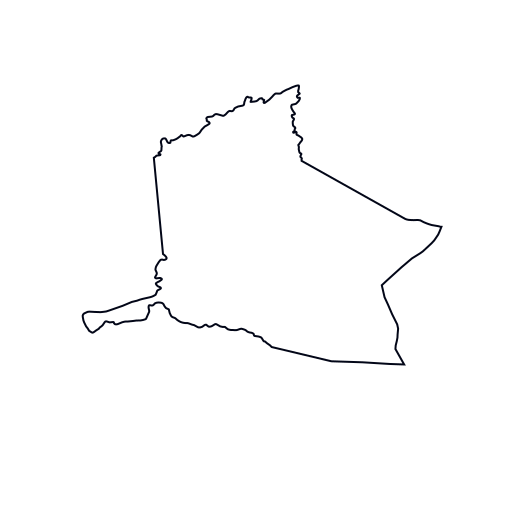 Santiago de Puringla, La Paz, Honduras (Equal Earth projection), rotated 70°
{"feature_id": "27666195B8735504948943", "entity_name": "Santiago de Puringla", "entity_type": "district", "adm_level": 2, "iso_a3": "HND", "parent_name": "Honduras", "parent_adm1": "La Paz", "projection": "equal_earth", "projection_center": [-87.91, 14.348], "detail": "fine", "context": "isolated", "style": "outline", "palette": "ink", "viewbox_px": 512, "rotation_deg": 70, "n_neighbors": 0, "source": "geoboundaries", "source_scale": "gbopen_adm2", "svg_char_len": 6136}
<svg xmlns="http://www.w3.org/2000/svg" viewBox="0 0 512 512"><g transform="rotate(70 256 256)"><path d="M292.0,71.8L291.7,72.6L290.5,74.2L287.0,80.3L285.2,82.7L283.7,84.5L281.5,86.9L278.7,89.4L277.5,91.6L276.3,95.3L275.5,97.4L274.2,100.3L273.2,101.9L272.2,103.1L182.2,180.6L180.9,180.2L180.3,179.7L180.0,179.6L179.4,179.7L178.2,180.3L177.8,180.3L177.0,179.8L176.0,178.8L175.7,178.5L175.0,178.7L174.0,179.6L173.0,179.7L170.2,179.3L168.2,178.4L166.2,178.3L165.3,176.8L164.3,175.5L164.0,174.8L163.1,173.4L162.4,172.8L161.8,172.5L160.9,172.6L160.0,173.0L157.1,175.1L156.6,175.8L155.9,176.3L155.3,176.3L153.8,175.6L153.3,175.7L153.0,176.0L153.1,178.3L152.9,178.7L152.6,178.8L152.1,178.6L151.7,177.4L151.5,176.9L151.0,176.6L150.1,176.3L149.8,176.0L149.5,175.5L149.2,175.3L148.5,175.3L146.7,176.4L145.7,176.5L144.0,176.1L142.5,175.6L142.1,175.3L140.8,173.8L140.2,173.4L139.6,173.5L138.6,174.3L138.2,174.5L137.2,174.6L136.3,174.4L135.9,174.1L136.1,171.7L136.0,171.1L135.7,170.8L135.1,170.8L132.9,171.5L130.9,171.9L129.3,172.1L127.8,171.9L126.8,171.3L126.4,170.9L126.2,170.5L126.3,169.5L126.6,167.2L126.6,166.4L126.3,165.6L125.0,162.9L123.6,161.3L122.9,160.9L122.3,160.8L122.0,161.2L121.6,162.7L120.9,163.0L120.1,163.0L119.6,162.7L119.3,162.3L118.6,160.0L118.4,159.5L117.9,159.5L116.6,160.2L116.3,160.3L115.0,159.8L113.9,158.9L111.8,157.8L111.0,157.5L110.4,157.6L110.3,157.8L110.1,158.2L109.8,160.1L109.8,164.0L110.2,168.3L110.2,170.3L110.5,172.6L110.9,175.0L111.5,176.6L111.6,177.5L111.4,178.5L110.3,181.3L110.1,181.9L110.1,182.5L110.7,184.2L111.9,186.4L113.6,190.0L115.1,195.3L115.1,195.6L114.8,196.2L114.2,196.3L113.5,195.9L112.6,195.2L112.2,195.0L111.9,195.2L111.1,196.3L110.2,196.3L109.7,196.6L109.4,198.1L109.4,199.0L109.6,199.6L110.4,201.4L110.6,202.7L110.3,204.7L109.4,208.2L109.3,208.3L109.0,208.2L107.4,206.8L106.4,206.2L105.9,206.1L105.3,206.6L105.0,207.5L104.6,208.4L104.2,208.9L103.6,209.3L103.4,209.8L103.5,210.3L103.8,211.0L105.2,212.5L106.0,213.0L107.1,214.1L109.4,215.4L110.0,216.1L110.1,217.3L109.4,221.6L109.6,224.1L109.8,225.2L110.0,225.8L111.1,227.0L111.6,227.9L111.7,228.6L111.7,229.1L111.4,229.8L110.7,231.1L110.7,232.1L111.1,233.3L112.6,236.2L113.1,238.1L113.1,238.7L112.9,239.2L109.7,243.6L109.0,244.9L108.9,245.6L109.0,246.5L109.2,247.2L109.7,248.1L109.9,249.3L109.8,250.1L108.9,253.7L109.0,254.6L109.4,255.3L109.7,255.6L110.9,255.6L112.1,256.0L112.7,255.7L114.0,254.4L115.1,254.1L115.4,254.2L115.7,254.5L115.9,255.0L116.1,255.8L116.5,257.8L116.7,259.3L116.9,260.1L118.7,263.8L120.6,266.4L121.2,267.4L121.8,269.6L122.3,272.2L122.4,273.6L122.1,274.6L120.0,276.5L119.5,277.3L119.1,278.2L118.9,279.6L119.0,282.3L118.9,283.2L118.6,283.5L117.1,284.3L116.8,284.8L116.9,285.2L117.6,286.3L117.7,286.8L118.5,289.4L118.8,290.9L118.9,292.5L118.9,294.1L118.7,295.1L118.3,296.1L118.3,296.4L118.5,296.7L119.0,297.1L120.2,297.7L120.3,298.0L120.3,298.4L119.9,299.4L119.2,300.0L118.3,300.3L115.5,300.6L114.8,300.9L114.4,301.2L114.0,302.3L113.9,303.6L114.3,304.6L115.2,305.7L115.9,306.2L116.7,306.5L119.0,306.8L119.6,307.0L120.6,307.0L121.6,307.6L124.4,308.8L124.9,309.4L125.5,311.7L125.9,312.4L126.3,312.4L126.7,312.2L127.7,311.1L128.0,311.1L128.4,311.5L128.4,312.0L127.8,314.5L127.7,315.3L128.4,316.8L128.7,318.4L221.9,342.6L222.4,342.7L224.1,341.6L226.0,340.8L226.7,340.7L227.3,340.7L227.8,341.0L228.1,341.3L228.3,342.1L228.4,342.8L228.3,343.5L228.1,344.2L227.3,345.3L227.1,346.0L227.0,346.7L227.2,347.4L228.5,349.5L231.0,352.7L232.1,353.8L233.5,354.7L234.6,355.2L237.6,355.0L238.5,355.2L239.3,355.7L241.3,358.0L241.6,358.2L242.0,358.2L242.5,357.9L242.9,357.4L243.7,354.0L243.9,353.5L244.8,352.6L245.2,352.4L245.5,352.4L245.8,352.6L246.1,353.1L246.4,354.4L246.7,355.3L246.9,357.4L247.3,359.1L247.5,359.4L247.9,359.6L248.8,359.5L250.3,358.9L251.3,358.2L252.3,357.0L253.1,356.4L253.7,356.4L254.0,356.7L254.3,357.6L254.6,360.1L254.8,360.6L255.3,361.1L256.2,361.8L258.1,363.6L258.5,366.0L258.6,367.8L258.5,369.6L257.5,377.5L257.3,380.2L257.3,383.0L256.7,388.4L257.2,398.4L257.0,412.9L256.9,415.7L256.4,418.0L255.6,421.3L253.1,427.4L251.3,431.6L250.9,433.4L251.2,437.1L251.8,438.4L252.7,439.2L253.9,439.6L257.5,440.2L259.6,440.2L264.1,439.7L266.5,438.9L269.2,438.4L271.4,436.7L271.9,436.2L272.2,435.6L272.0,434.2L271.2,431.5L270.6,428.6L269.8,427.4L269.2,425.3L268.6,423.8L266.5,420.9L266.1,420.1L266.1,419.4L266.4,418.7L267.9,416.8L268.3,416.3L268.6,415.2L269.1,413.1L269.3,412.6L269.7,412.3L270.6,412.4L271.6,412.0L272.0,411.6L272.4,410.8L272.6,410.1L272.7,409.0L272.5,404.4L272.7,402.3L273.0,400.9L273.8,398.6L275.1,393.4L275.7,390.6L277.1,386.4L277.5,383.9L277.6,381.6L277.5,381.0L277.1,380.5L271.9,375.5L271.0,375.1L268.2,374.7L267.2,374.4L266.3,373.9L265.9,373.5L265.8,373.2L265.9,372.7L266.3,371.9L266.9,370.9L267.1,370.0L266.9,369.1L265.9,367.0L265.9,365.4L266.3,363.6L267.1,361.8L267.9,360.5L268.8,359.8L269.7,359.4L272.1,359.1L274.1,358.4L274.6,358.0L275.6,356.9L276.4,356.2L280.1,356.6L282.9,356.3L284.0,356.0L285.0,355.2L286.1,353.9L286.9,353.1L289.3,351.8L291.0,350.5L292.3,349.3L293.4,347.9L294.2,346.6L295.0,345.0L295.5,343.5L296.3,342.3L298.6,339.6L299.8,337.8L303.0,335.0L303.5,334.3L304.0,333.0L304.1,331.6L304.1,330.7L303.3,327.9L303.3,327.3L303.4,326.8L303.5,326.4L303.8,326.1L305.1,325.4L306.1,324.7L306.5,324.0L306.7,323.0L306.8,322.1L306.7,321.0L306.1,318.2L306.1,317.5L306.2,317.1L306.6,316.5L309.9,313.7L311.3,311.5L311.7,310.2L312.1,309.4L315.1,307.6L315.9,306.6L316.6,305.5L317.0,304.8L317.5,303.3L318.4,301.4L318.9,300.0L319.1,298.6L319.1,296.4L319.2,295.3L319.4,294.5L320.3,293.2L321.1,292.2L322.1,291.1L323.6,290.3L324.7,289.4L325.7,288.1L326.7,286.3L327.6,285.4L328.3,284.9L329.9,285.0L330.5,284.8L330.9,284.2L332.5,281.2L333.4,280.0L334.1,279.2L334.6,278.9L335.5,278.6L338.4,278.0L339.0,277.6L339.3,276.9L339.7,276.6L341.6,275.6L344.7,273.4L346.9,272.4L380.7,221.2L392.3,192.3L403.1,167.5L408.6,153.9L391.1,156.8L387.8,155.3L384.1,152.8L381.1,151.0L378.2,149.8L372.9,147.3L368.5,146.7L357.2,148.0L346.8,148.6L338.7,149.3L326.5,147.8L323.7,141.2L316.3,123.0L311.6,110.3L309.6,100.8L308.7,97.6L304.0,86.5L302.3,83.2L298.2,77.5L295.4,74.8L292.0,71.8Z" fill="none" stroke="#020617" stroke-width="2"/></g></svg>